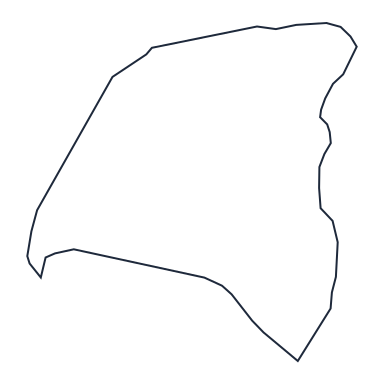 the border of Gorenja vas-Poljane
{"feature_id": "SVN-1011", "entity_name": "Gorenja vas-Poljane", "entity_type": "Municipality", "adm_level": 1, "iso_a3": "SVN", "parent_name": "Slovenia", "parent_adm1": "", "projection": "albers", "projection_center": [14.155, 46.109], "detail": "fine", "context": "isolated", "style": "outline", "palette": "slate", "viewbox_px": 384, "rotation_deg": 0, "n_neighbors": 0, "source": "natural_earth", "source_scale": "10m", "svg_char_len": 610}
<svg xmlns="http://www.w3.org/2000/svg" viewBox="0 0 384 384"><path d="M337.7,242.2L335.9,276.9L331.9,292.4L330.6,308.5L297.8,361.0L263.5,332.4L252.2,320.7L231.6,294.3L222.0,285.7L204.4,277.6L73.8,249.3L55.0,253.4L45.6,257.5L40.8,277.5L29.6,263.5L27.3,256.1L31.4,231.3L37.1,210.2L112.5,76.9L146.3,54.4L151.9,47.8L257.0,26.5L275.9,29.1L296.2,24.9L326.4,23.0L340.6,26.9L350.5,36.5L356.7,46.7L343.2,74.3L333.0,83.8L325.2,98.4L321.1,109.7L320.1,117.2L327.2,124.4L329.7,132.1L330.8,143.1L324.4,154.0L319.4,167.0L319.1,188.0L320.6,208.2L332.6,220.9L337.7,242.2Z" fill="none" stroke="#1e293b" stroke-width="2"/></svg>